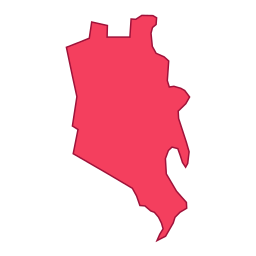 São Valentim do Sul, Rio Grande do Sul, Brazil (Equal Earth projection)
{"feature_id": "56859067B59584339293430", "entity_name": "São Valentim do Sul", "entity_type": "district", "adm_level": 2, "iso_a3": "BRA", "parent_name": "Brazil", "parent_adm1": "Rio Grande do Sul", "projection": "equal_earth", "projection_center": [-51.744, -29.065], "detail": "fine", "context": "isolated", "style": "filled", "palette": "rose", "viewbox_px": 256, "rotation_deg": 0, "n_neighbors": 0, "source": "geoboundaries", "source_scale": "gbopen_adm2", "svg_char_len": 875}
<svg xmlns="http://www.w3.org/2000/svg" viewBox="0 0 256 256"><path d="M131.1,19.0L129.9,37.1L107.1,37.1L107.4,25.5L91.7,22.0L89.3,38.2L77.9,42.8L66.4,47.3L72.4,75.9L76.9,96.7L72.4,126.0L78.0,129.5L73.2,153.7L107.4,173.5L132.4,188.3L136.6,196.0L139.9,205.5L144.9,205.9L150.7,210.9L154.4,212.3L158.5,217.1L161.5,223.2L163.1,228.8L159.8,234.2L157.0,240.6L165.6,236.2L173.2,223.0L175.0,217.3L179.9,212.3L186.7,208.2L186.4,202.4L181.4,196.8L176.5,191.2L166.3,173.9L165.4,158.6L168.4,150.5L172.0,147.1L177.8,148.6L180.2,155.3L182.5,162.5L185.6,167.2L187.7,163.4L189.1,151.8L186.4,142.4L178.6,118.5L178.2,111.1L185.8,103.7L189.6,97.0L184.7,90.5L180.8,88.3L173.9,86.3L169.3,87.0L167.3,80.6L168.7,61.0L164.2,56.9L156.1,53.3L152.3,46.4L151.0,33.2L152.5,27.5L156.1,24.5L156.6,17.8L152.9,15.6L141.8,15.4L135.8,19.3L131.1,19.0Z" fill="#f43f5e" stroke="#9f1239" stroke-width="1.5"/></svg>